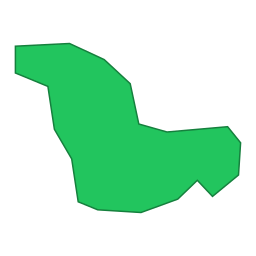 the state/province of Swieqi
{"feature_id": "MLT-5933", "entity_name": "Swieqi", "entity_type": "state/province", "adm_level": 1, "iso_a3": "MLT", "parent_name": "Malta", "parent_adm1": "", "projection": "natural_earth1", "projection_center": [14.47, 35.92], "detail": "fine", "context": "isolated", "style": "filled", "palette": "green", "viewbox_px": 256, "rotation_deg": 0, "n_neighbors": 0, "source": "natural_earth", "source_scale": "10m", "svg_char_len": 356}
<svg xmlns="http://www.w3.org/2000/svg" viewBox="0 0 256 256"><path d="M15.4,46.2L69.5,43.5L104.2,59.6L130.2,83.7L138.8,124.0L167.0,132.0L227.6,126.7L240.6,142.8L238.5,175.0L212.5,196.4L197.3,180.3L177.8,199.1L141.0,212.5L97.7,209.8L78.2,201.8L71.7,158.9L54.4,129.3L47.9,86.4L15.4,73.0L15.4,46.2Z" fill="#22c55e" stroke="#15803d" stroke-width="1.5"/></svg>